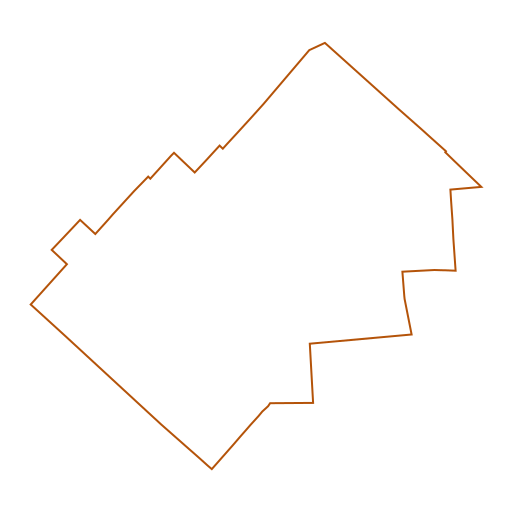 the district of Maipú, Buenos Aires, Argentina
{"feature_id": "61730980B20857642636660", "entity_name": "Maipú", "entity_type": "district", "adm_level": 2, "iso_a3": "ARG", "parent_name": "Argentina", "parent_adm1": "Buenos Aires", "projection": "mercator", "projection_center": [-57.539, -36.886], "detail": "fine", "context": "isolated", "style": "outline", "palette": "amber", "viewbox_px": 512, "rotation_deg": 0, "n_neighbors": 0, "source": "geoboundaries", "source_scale": "gbopen_adm2", "svg_char_len": 897}
<svg xmlns="http://www.w3.org/2000/svg" viewBox="0 0 512 512"><path d="M481.3,186.9L454.4,161.1L447.0,153.9L445.3,152.3L446.0,151.3L441.0,146.8L431.5,138.3L421.3,129.1L398.4,108.9L396.3,107.0L324.9,42.9L309.3,50.1L263.4,104.1L250.8,118.1L235.9,134.4L227.4,143.6L222.8,148.7L219.6,145.6L205.3,161.2L194.7,172.5L174.0,152.8L171.2,155.6L150.3,178.7L148.2,176.6L134.1,191.1L112.8,214.4L108.2,219.7L95.3,234.0L80.1,219.9L66.9,233.9L51.7,249.9L66.9,264.2L30.7,304.5L66.8,337.4L67.0,337.6L161.0,424.3L189.0,449.0L198.8,457.6L207.7,465.6L211.8,469.1L233.3,444.7L240.0,436.9L247.9,427.9L250.3,425.1L258.5,416.1L262.3,411.5L268.1,406.2L270.1,403.2L313.1,402.9L309.8,343.7L411.6,334.5L404.6,299.0L404.3,296.2L402.4,271.7L434.4,270.0L440.7,270.2L445.7,270.3L455.6,270.7L453.4,239.3L452.9,229.5L452.4,219.5L451.1,201.0L450.4,189.6L465.2,188.3L481.3,186.9Z" fill="none" stroke="#b45309" stroke-width="2"/></svg>